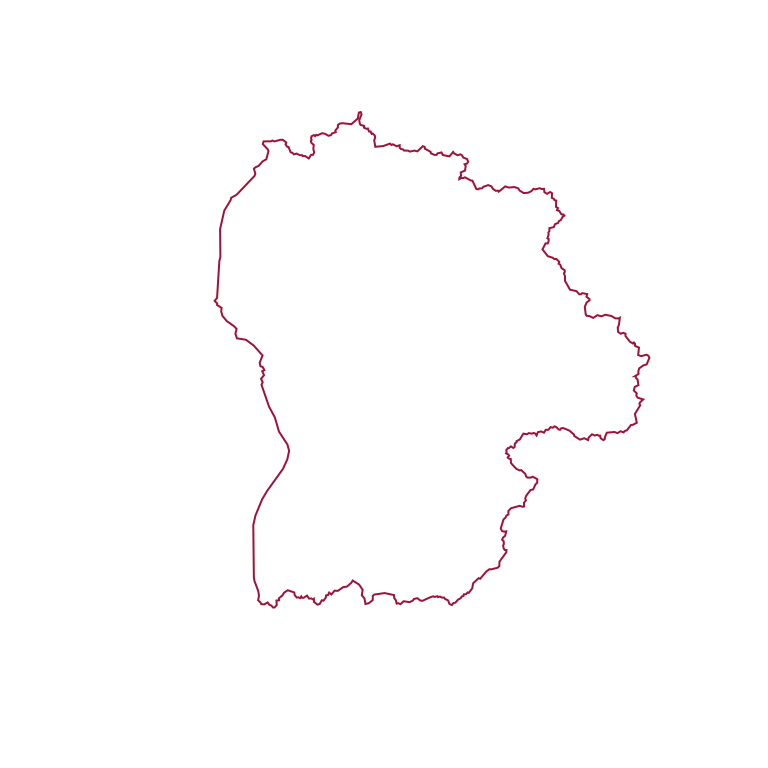 Nhot Ou, Phôngsali, Laos, rotated 123°
{"feature_id": "54806243B80696563132814", "entity_name": "Nhot Ou", "entity_type": "district", "adm_level": 2, "iso_a3": "LAO", "parent_name": "Laos", "parent_adm1": "Phôngsali", "projection": "mercator", "projection_center": [101.816, 22.196], "detail": "fine", "context": "isolated", "style": "outline", "palette": "rose", "viewbox_px": 768, "rotation_deg": 123, "n_neighbors": 0, "source": "geoboundaries", "source_scale": "gbopen_adm2", "svg_char_len": 6166}
<svg xmlns="http://www.w3.org/2000/svg" viewBox="0 0 768 768"><g transform="rotate(123 384 384)"><path d="M406.6,571.3L407.3,567.7L408.7,567.0L408.6,561.7L412.0,559.9L414.9,556.5L416.9,550.1L417.2,541.4L418.1,537.6L422.8,536.0L425.8,532.2L422.1,523.9L422.7,514.3L426.2,501.4L434.0,499.8L436.4,497.3L435.8,495.1L437.5,491.9L439.6,493.1L442.0,489.4L446.6,490.0L448.6,486.7L451.4,486.3L465.6,468.1L471.5,457.3L481.1,446.2L487.4,432.0L491.7,427.2L499.7,424.1L510.1,422.5L537.6,423.8L547.1,423.4L564.2,420.2L573.5,416.8L616.8,388.0L619.8,385.3L626.2,376.6L629.6,373.6L634.0,371.7L634.5,368.6L635.5,367.0L634.1,364.5L630.6,362.6L631.6,360.0L631.2,357.9L631.9,355.3L631.0,354.1L627.7,353.6L624.2,356.3L622.6,354.2L621.0,355.4L616.3,354.0L613.6,354.2L609.4,352.4L607.7,345.7L609.7,343.9L610.6,340.8L609.5,339.5L609.2,337.7L607.2,337.7L607.9,336.2L607.1,335.0L603.4,333.3L604.8,330.1L603.5,328.2L603.3,326.1L602.4,325.8L604.9,324.0L605.3,319.7L603.4,318.1L599.3,318.4L598.7,316.7L594.8,316.5L592.8,317.4L591.5,316.0L588.8,316.4L589.2,313.5L584.2,312.9L582.7,310.1L576.6,307.6L574.2,304.8L568.8,303.2L565.9,303.2L565.8,295.6L568.2,289.9L573.3,287.5L574.4,283.7L578.6,279.7L575.9,277.2L571.3,275.8L567.8,278.0L565.9,277.5L559.0,269.6L555.6,260.7L557.9,258.9L559.0,256.2L561.3,253.8L560.0,252.6L559.7,250.3L555.5,249.2L553.0,243.7L549.8,241.8L548.1,241.9L545.5,239.4L545.8,235.5L544.8,233.6L538.0,229.3L535.3,227.1L535.0,225.6L532.9,223.6L533.3,222.6L531.8,221.3L531.6,219.1L530.4,217.4L531.0,215.8L530.6,212.4L532.8,209.3L532.4,206.7L529.9,206.5L528.3,205.0L524.5,204.5L521.9,203.0L519.9,203.1L518.5,201.9L516.9,202.5L515.7,200.7L513.3,200.4L513.0,199.2L507.4,198.7L502.5,200.7L495.3,198.9L495.0,197.3L485.6,196.1L481.9,194.7L481.1,193.2L476.2,188.6L473.9,188.1L470.1,190.4L458.4,189.8L456.6,190.9L457.4,192.0L457.0,193.7L454.7,196.1L453.0,196.3L450.7,198.0L450.2,200.2L447.8,200.5L445.3,199.7L441.0,201.3L442.5,203.0L443.0,205.0L441.6,207.4L432.5,210.0L429.7,209.3L427.8,209.7L425.6,208.6L422.8,210.5L419.0,209.8L412.3,203.9L411.4,200.8L410.4,199.8L407.4,201.9L404.3,201.6L403.1,203.2L400.3,203.9L393.2,203.4L391.2,201.5L385.5,202.3L383.5,201.7L380.3,203.6L380.8,208.8L382.5,209.8L384.4,212.8L384.2,214.4L382.4,216.6L381.5,222.1L382.6,223.1L383.1,226.8L381.7,232.5L381.1,234.5L377.9,236.8L378.6,238.7L378.2,240.3L376.0,240.0L375.4,241.2L375.7,243.9L374.2,244.1L373.0,245.4L370.4,245.3L370.0,244.4L367.2,243.6L367.2,240.7L365.8,240.1L362.7,241.8L360.7,241.1L359.7,241.7L356.5,239.9L349.7,240.1L348.3,236.7L346.3,235.8L345.1,232.9L343.5,231.8L343.2,230.3L344.1,228.0L340.6,228.7L338.2,226.4L337.7,223.3L334.3,223.4L332.9,221.2L329.4,220.8L328.8,218.7L326.6,217.9L326.3,215.9L327.0,212.7L326.5,211.4L325.0,211.4L323.4,210.0L322.1,203.2L322.9,197.1L324.0,196.0L323.9,189.3L320.4,186.5L319.9,182.3L317.4,183.2L312.9,182.2L312.4,179.2L310.4,177.4L310.4,175.7L309.6,174.7L311.5,172.8L311.6,169.4L309.7,168.9L308.4,169.8L303.5,170.6L298.8,164.7L298.0,161.4L294.8,159.9L294.1,156.7L292.4,156.6L290.6,155.1L283.8,154.5L282.7,153.1L278.8,150.9L272.4,157.3L262.4,157.5L261.4,159.1L260.1,159.3L255.8,158.2L257.3,163.9L256.2,166.2L254.2,166.9L253.4,171.0L249.8,172.1L246.4,170.0L242.0,173.9L241.9,175.5L240.4,177.2L240.8,177.8L236.9,176.0L234.7,177.7L231.9,178.5L227.1,176.6L224.5,174.4L217.4,175.7L216.3,177.8L216.5,179.9L220.5,183.4L221.3,186.6L214.6,190.0L215.3,194.2L213.4,195.6L213.1,197.0L214.5,197.2L214.6,200.8L212.2,207.7L210.3,208.8L210.8,211.3L212.9,212.8L212.8,216.0L209.4,218.7L206.4,219.2L200.0,222.3L201.3,223.0L203.0,225.9L203.1,230.3L205.4,236.1L208.9,238.6L210.0,242.5L214.6,244.5L215.2,248.9L216.4,251.1L215.9,252.6L209.8,257.7L205.4,258.4L201.7,257.2L200.8,258.1L200.6,261.7L197.9,262.6L199.9,267.3L201.5,267.7L202.4,269.0L201.3,273.1L203.6,279.4L198.9,288.4L195.0,290.9L193.2,293.4L191.6,293.4L190.1,294.5L190.2,298.1L187.9,301.3L188.0,303.1L186.1,303.5L185.2,307.6L186.5,309.3L186.2,311.3L187.6,316.2L184.8,324.4L178.1,325.1L176.9,323.2L174.4,323.8L172.7,324.9L172.8,326.3L168.9,327.4L167.5,328.6L165.6,328.6L163.2,330.2L160.0,327.1L156.7,327.6L154.2,325.8L152.0,326.0L150.4,325.0L146.4,325.2L144.6,324.4L144.1,325.9L145.1,327.5L143.4,331.4L144.0,333.6L141.7,333.9L141.8,336.2L136.4,339.5L137.0,341.1L136.2,342.3L136.5,344.6L132.5,347.0L132.5,349.3L135.7,350.8L135.8,353.9L133.2,356.1L134.6,357.9L134.9,359.9L138.5,363.3L138.9,364.9L142.1,365.5L145.1,367.3L147.8,370.9L147.9,375.7L146.8,377.9L147.8,381.9L151.4,386.5L152.2,389.9L160.2,392.5L159.7,393.7L161.1,395.4L161.0,398.9L159.7,401.6L160.5,405.0L164.5,408.1L166.5,408.3L168.1,410.6L169.3,410.9L170.2,412.7L165.3,420.6L166.0,421.9L166.6,428.7L168.4,429.9L168.9,431.3L171.2,432.4L169.8,433.2L167.3,432.8L164.8,434.9L160.9,432.3L156.7,434.2L155.8,436.1L153.9,434.4L151.8,434.5L150.1,436.8L150.9,440.7L149.7,443.4L149.8,445.0L152.0,446.8L152.5,450.6L151.7,452.4L157.5,453.1L159.9,459.4L158.5,461.9L161.4,464.7L163.2,464.7L164.4,466.5L165.0,470.2L163.9,471.5L164.4,477.8L163.0,479.0L163.4,481.0L170.7,482.7L171.6,485.5L175.0,488.9L175.2,491.0L177.3,494.2L176.9,495.9L177.7,497.7L177.4,499.5L175.2,500.9L177.8,503.0L178.1,507.1L179.5,507.9L179.1,509.9L184.9,514.3L189.8,520.5L185.0,524.9L182.0,525.7L180.6,527.1L180.1,529.9L181.0,530.5L179.5,532.8L180.4,534.1L178.5,536.7L179.6,537.8L179.9,540.4L178.3,541.3L179.5,544.7L179.0,545.9L176.3,548.4L170.1,549.7L168.6,551.6L170.0,552.9L175.6,550.6L183.9,552.9L187.8,560.7L189.7,562.9L192.0,563.7L193.9,562.4L197.9,562.9L199.1,561.6L202.0,564.0L204.2,564.1L206.1,565.8L206.3,569.7L207.3,572.4L211.7,575.3L212.0,576.6L213.6,576.7L213.5,578.4L215.7,579.7L217.7,579.0L218.6,577.7L220.1,577.7L221.3,576.2L221.8,573.1L225.5,571.2L227.9,568.6L230.5,568.4L231.5,570.0L235.8,569.9L235.8,574.4L237.2,576.3L236.7,577.3L237.9,579.2L238.4,582.9L240.5,584.6L240.0,586.6L240.5,588.5L237.2,593.2L237.8,594.3L236.7,597.0L234.7,597.5L234.3,601.8L235.5,603.8L240.2,608.0L240.6,610.2L242.0,610.9L246.1,617.1L248.8,616.3L250.6,609.0L251.7,607.7L259.6,605.1L263.5,607.1L269.3,607.9L272.4,609.9L274.4,610.3L277.6,606.5L279.9,605.9L305.6,610.7L311.0,613.6L313.2,612.8L325.6,612.4L343.4,605.8L366.6,590.4L370.5,589.1L402.7,570.9L406.6,571.3Z" fill="none" stroke="#9f1239" stroke-width="2"/></g></svg>